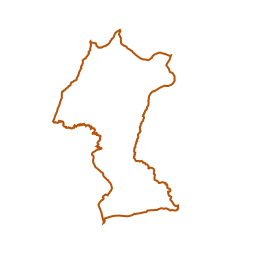 Sapuyes, Nariño, Colombia (Natural Earth projection), rotated 68°
{"feature_id": "7082276B44566424011980", "entity_name": "Sapuyes", "entity_type": "district", "adm_level": 2, "iso_a3": "COL", "parent_name": "Colombia", "parent_adm1": "Nariño", "projection": "natural_earth1", "projection_center": [-77.678, 1.042], "detail": "fine", "context": "isolated", "style": "outline", "palette": "amber", "viewbox_px": 256, "rotation_deg": 68, "n_neighbors": 0, "source": "geoboundaries", "source_scale": "gbopen_adm2", "svg_char_len": 5936}
<svg xmlns="http://www.w3.org/2000/svg" viewBox="0 0 256 256"><g transform="rotate(68 128 128)"><path d="M206.9,186.3L206.6,185.2L205.4,184.4L203.7,183.9L203.2,183.4L203.7,176.9L204.0,175.2L204.7,172.3L206.1,168.5L209.2,162.7L210.1,160.0L210.4,156.6L209.9,154.1L210.7,153.1L210.7,151.8L211.4,149.4L212.1,144.9L212.8,142.6L212.5,141.7L211.8,141.0L212.4,139.4L213.0,136.7L213.8,135.5L213.9,134.0L215.0,131.7L214.6,129.7L214.8,128.7L214.8,127.4L215.3,126.3L216.0,125.7L216.9,122.7L217.5,121.9L218.0,121.7L218.5,120.8L219.7,120.4L220.4,119.6L220.5,119.3L220.3,118.1L222.1,115.5L222.4,114.2L222.4,113.2L221.7,111.9L221.3,112.2L220.4,111.4L218.6,110.6L218.5,112.7L217.9,113.3L215.9,114.3L214.0,114.4L212.6,114.9L211.9,114.9L210.6,115.6L209.7,115.4L208.4,113.8L208.0,113.7L207.3,114.2L206.4,115.2L204.8,115.4L202.1,114.8L201.9,114.3L202.6,113.4L202.6,113.0L202.2,112.4L201.4,111.8L200.0,112.1L199.1,113.3L197.9,114.0L196.5,113.1L195.6,113.0L195.1,113.7L194.5,113.3L193.7,114.3L192.9,113.9L191.0,116.6L190.9,119.3L190.6,119.9L189.3,120.0L188.6,120.7L187.7,120.9L186.1,122.7L185.3,122.4L184.5,122.4L181.4,120.5L181.0,120.6L180.3,121.2L179.7,121.1L176.9,119.5L175.8,119.5L174.6,120.2L173.9,120.9L173.2,122.3L173.3,123.8L173.1,124.2L172.7,124.1L172.3,123.6L170.8,123.2L170.1,123.6L169.1,123.8L168.7,124.2L168.3,125.3L167.1,125.2L166.2,126.0L165.9,127.0L164.6,127.1L164.0,127.4L163.5,128.2L163.4,130.0L162.5,130.4L162.0,132.2L161.3,133.1L158.9,133.3L158.1,133.7L157.5,133.6L156.8,133.2L156.3,132.3L155.5,132.2L155.0,131.4L154.2,131.4L153.6,130.5L153.3,130.6L152.7,131.1L152.1,131.2L149.7,129.8L149.1,129.8L148.5,128.3L146.9,127.7L145.6,126.7L145.1,125.9L143.7,125.4L143.5,124.3L142.8,124.3L141.8,123.7L141.6,123.0L141.0,122.7L140.5,122.0L140.1,121.7L138.3,121.5L137.7,121.1L137.1,119.8L136.5,119.1L136.4,118.4L135.9,117.8L135.4,117.5L134.5,117.7L133.2,117.0L131.5,116.7L130.6,115.4L128.9,114.6L128.6,113.7L127.8,113.2L127.0,111.3L125.5,110.4L124.8,109.5L123.5,109.1L122.7,109.7L122.3,109.2L121.5,108.9L121.1,108.0L120.4,107.7L120.1,107.0L118.4,105.5L118.1,104.1L117.6,104.0L117.2,103.2L116.1,102.8L115.3,101.9L114.8,100.8L111.5,99.0L110.2,99.0L109.0,97.8L107.4,97.2L106.0,96.0L104.2,93.7L103.6,92.2L103.4,90.7L103.7,90.3L103.7,89.6L102.5,82.1L102.5,78.1L103.5,76.6L104.1,75.1L104.2,72.0L103.6,69.8L101.8,67.2L101.2,66.8L99.4,66.4L98.1,65.6L97.0,65.5L94.1,66.0L93.4,66.5L91.7,68.2L88.7,67.9L84.1,69.0L83.1,67.9L80.2,63.8L76.8,61.0L76.8,61.9L76.6,62.5L73.5,65.5L72.1,67.6L70.4,69.5L69.8,71.0L69.7,72.0L69.9,76.7L70.9,78.8L71.9,79.6L72.0,80.8L72.6,82.4L72.7,83.7L70.7,86.7L70.3,87.9L68.4,90.1L66.4,91.5L62.2,93.9L60.7,94.5L59.7,95.2L58.1,95.4L57.3,96.3L56.1,96.8L54.7,98.1L53.6,98.7L51.8,99.1L49.9,101.1L47.6,102.5L46.5,102.6L46.0,102.3L44.9,102.2L42.8,101.2L41.6,100.8L40.9,101.1L39.8,101.0L37.9,101.3L36.8,100.5L35.6,98.9L34.0,98.8L34.4,100.3L34.5,102.0L35.1,103.9L36.2,105.4L38.2,107.0L39.2,108.7L39.3,109.7L40.1,110.3L40.8,111.9L41.3,112.2L42.1,113.2L43.1,115.3L43.2,116.4L43.0,116.9L43.7,118.1L43.3,119.4L43.2,120.6L43.4,121.1L43.3,121.7L43.6,122.1L43.6,122.6L43.0,123.3L42.9,124.5L42.0,125.6L40.8,125.8L40.1,126.4L37.5,126.1L34.7,130.3L34.4,130.5L33.6,130.3L33.7,130.5L34.4,130.9L35.5,130.8L36.9,131.3L37.6,131.3L38.6,132.2L40.5,133.5L41.8,133.8L42.7,136.0L43.4,136.4L44.1,136.2L44.4,136.4L46.1,138.9L46.4,139.8L47.4,140.7L47.6,141.3L47.4,142.0L48.3,144.6L50.6,145.4L52.3,146.7L53.4,148.4L54.0,148.8L55.2,148.8L55.6,149.8L56.8,150.9L57.4,151.9L59.2,153.2L60.0,154.1L60.7,154.3L61.1,155.2L62.0,156.0L62.6,156.9L63.4,157.2L64.2,157.9L64.0,160.4L64.5,161.5L64.6,163.6L65.9,164.9L66.5,165.0L66.7,165.3L67.1,166.5L67.0,167.6L67.9,168.6L68.3,171.0L68.9,171.5L69.2,173.5L69.7,174.1L69.5,174.4L69.8,174.7L69.8,175.6L70.7,176.2L75.5,178.2L76.2,179.2L81.4,183.4L83.2,185.5L86.5,187.9L88.7,190.3L92.3,193.4L93.7,195.0L94.9,194.5L95.2,193.7L95.5,193.9L96.2,192.1L96.9,191.4L96.7,189.9L95.9,189.5L96.5,189.1L96.2,188.6L96.8,188.5L96.8,188.3L96.3,187.9L96.8,187.3L97.3,187.0L97.2,186.6L97.3,186.5L97.9,186.0L98.2,186.1L98.6,185.9L99.0,186.1L99.7,186.0L100.2,186.5L100.8,186.5L101.2,187.0L102.8,186.6L103.8,185.0L104.4,185.3L105.0,185.0L105.1,183.9L105.4,183.4L105.2,182.7L105.9,182.2L106.1,181.5L106.7,181.5L107.0,180.6L107.4,180.5L107.5,180.1L107.2,179.0L107.5,178.3L106.9,178.2L106.5,177.7L107.1,177.8L107.2,177.6L106.7,176.8L107.0,176.2L106.3,175.9L107.3,175.4L106.8,174.7L106.9,174.1L106.5,173.5L107.1,172.8L106.5,172.4L106.4,171.9L107.1,171.6L106.7,170.9L107.6,170.7L107.4,169.7L108.0,169.7L107.9,168.4L108.4,167.8L108.2,167.5L107.5,167.8L107.5,167.3L108.8,167.0L109.8,165.9L110.1,166.2L110.5,166.2L110.2,165.5L110.3,164.0L111.0,163.8L111.2,162.9L112.0,162.9L112.9,161.4L113.1,161.4L113.0,162.2L113.2,162.5L113.8,162.0L114.1,162.5L114.9,162.8L114.9,162.5L114.2,162.1L114.3,161.7L114.9,161.2L115.0,160.4L115.6,160.2L115.9,159.5L116.9,159.3L117.7,159.5L119.0,160.8L119.4,162.6L119.8,162.9L120.2,162.9L120.3,162.4L120.3,161.4L120.8,160.5L120.8,159.1L121.1,159.1L121.7,160.0L122.2,159.0L122.9,159.4L123.4,158.2L124.3,157.8L124.5,157.2L124.9,157.1L124.9,156.7L125.2,156.5L125.7,156.7L126.7,157.8L127.8,157.8L128.2,158.7L129.1,159.0L129.4,160.7L130.0,161.7L130.7,161.9L132.0,161.5L132.3,162.2L132.9,162.5L133.1,163.9L133.8,163.2L134.6,163.5L134.9,163.1L134.7,162.2L134.8,161.8L135.7,161.5L136.7,160.2L137.1,160.2L137.3,160.4L136.6,165.2L137.3,167.7L137.4,169.3L137.8,170.3L138.6,171.1L139.3,171.4L141.1,170.6L142.0,170.7L143.2,171.3L144.7,172.4L146.7,173.1L152.3,172.8L153.7,171.8L155.3,171.2L156.5,170.3L158.2,169.7L160.1,168.3L161.4,168.2L162.7,168.7L163.8,168.6L168.4,166.6L169.2,165.9L170.7,165.9L171.9,165.2L174.0,164.9L177.5,165.3L178.1,165.6L179.8,167.4L180.6,169.0L181.5,170.0L182.0,171.4L182.8,172.0L181.6,173.1L181.3,173.7L181.9,176.4L182.8,177.4L183.9,176.9L184.5,177.1L185.1,178.4L185.1,179.7L186.6,182.4L187.7,183.6L188.1,184.2L196.1,184.3L202.8,185.4L205.4,185.6L206.3,185.8L206.9,186.3Z" fill="none" stroke="#b45309" stroke-width="2"/></g></svg>